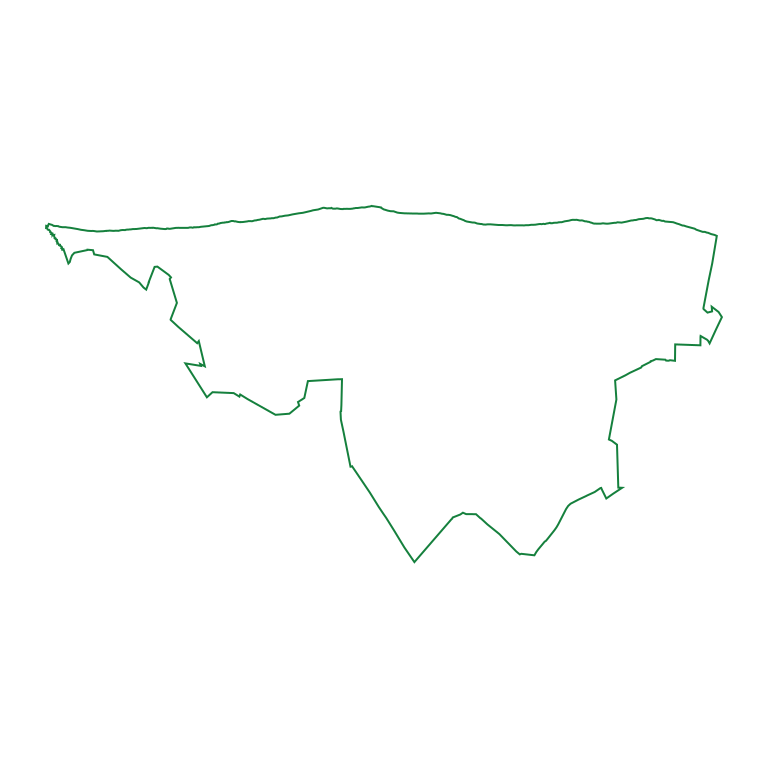 Užavas pag., Ventspils, Latvia (Robinson projection), rotated 90°
{"feature_id": "27541924B2507062447698", "entity_name": "Užavas pag.", "entity_type": "district", "adm_level": 2, "iso_a3": "LVA", "parent_name": "Latvia", "parent_adm1": "Ventspils", "projection": "robinson", "projection_center": [21.426, 57.179], "detail": "fine", "context": "isolated", "style": "outline", "palette": "green", "viewbox_px": 768, "rotation_deg": 90, "n_neighbors": 0, "source": "geoboundaries", "source_scale": "gbopen_adm2", "svg_char_len": 6092}
<svg xmlns="http://www.w3.org/2000/svg" viewBox="0 0 768 768"><g transform="rotate(90 384 384)"><path d="M562.1,353.6L519.4,316.7L518.6,315.8L517.5,315.3L514.5,307.7L512.7,305.1L514.1,301.9L514.2,292.0L518.3,287.5L518.5,287.0L524.4,280.6L534.0,268.7L551.5,251.7L554.4,248.2L553.8,246.8L555.3,233.6L552.0,231.7L549.3,229.7L541.6,223.3L540.9,222.1L539.1,220.6L530.0,213.4L527.3,211.5L524.4,209.8L509.0,201.9L505.9,199.8L503.7,197.4L499.6,189.5L495.9,181.6L495.6,181.1L492.0,173.3L488.1,167.6L487.9,166.8L489.8,166.0L498.5,161.7L493.6,154.7L487.8,145.9L487.6,149.7L444.7,151.0L440.8,156.2L439.5,159.1L399.5,151.6L380.4,152.9L375.1,142.2L372.8,138.1L367.5,126.8L366.2,126.1L361.8,117.4L361.2,117.3L360.6,115.2L359.1,112.1L359.7,102.6L360.6,101.9L360.7,99.2L360.2,98.1L360.8,93.0L344.4,92.8L345.3,67.6L336.8,67.5L336.0,67.4L339.7,61.0L340.8,59.9L343.4,58.4L329.7,52.1L317.1,46.1L312.0,49.4L306.7,56.3L311.4,55.9L312.6,60.5L309.1,64.4L308.3,64.6L280.2,59.3L263.5,55.8L235.9,51.2L234.9,53.5L234.1,56.8L232.8,59.9L232.6,61.2L231.9,63.1L231.9,65.1L231.7,65.8L229.7,71.7L228.7,73.3L226.4,81.8L225.6,84.1L225.5,85.6L224.2,88.9L223.4,91.6L223.0,92.5L222.2,94.9L221.5,103.0L220.8,104.5L220.9,105.9L219.9,109.2L220.1,109.6L220.2,111.6L219.5,112.9L218.4,116.4L218.3,117.9L218.4,118.9L218.0,120.1L218.1,122.1L218.8,124.7L219.2,129.3L220.0,132.0L220.1,133.9L220.4,135.1L220.5,136.8L221.6,141.3L222.6,146.4L222.3,150.5L222.8,152.1L222.8,153.6L223.6,159.4L223.7,160.9L223.6,162.5L223.3,165.0L223.7,167.6L223.6,173.9L223.2,175.4L222.7,176.4L222.6,177.2L221.8,179.2L221.8,180.0L221.3,181.9L221.3,183.1L220.5,185.4L220.4,186.5L220.5,188.1L219.8,191.3L219.9,193.4L219.8,195.1L220.0,196.6L220.7,199.2L221.3,203.2L222.2,206.3L222.2,208.1L222.4,209.1L222.3,209.5L222.6,210.3L222.7,211.1L222.8,214.3L223.2,215.4L223.1,216.0L223.3,216.9L223.1,217.7L222.8,218.1L223.2,219.3L223.6,221.7L224.1,223.1L223.8,224.5L224.2,226.5L224.0,227.7L224.1,229.0L224.7,232.7L224.8,234.9L224.8,236.8L225.2,239.4L225.2,242.2L225.4,243.8L225.3,247.8L225.4,254.2L225.1,257.1L225.3,261.7L225.0,265.7L225.0,269.5L224.3,278.0L224.3,280.1L224.6,282.5L224.5,284.6L224.0,286.5L224.0,287.3L223.5,290.9L222.6,293.2L222.5,295.6L221.5,301.3L220.8,303.2L220.1,304.3L219.8,305.3L218.8,307.8L218.5,309.1L217.1,311.1L216.8,312.7L216.1,314.3L215.9,315.2L215.1,317.7L214.8,319.7L214.8,321.3L213.9,324.4L213.7,326.2L213.3,327.7L212.8,332.0L213.5,337.0L213.4,339.3L213.7,344.8L213.7,349.0L213.5,351.2L213.5,356.1L213.3,363.7L212.9,368.7L212.6,370.7L211.3,374.4L211.2,377.4L210.6,380.3L209.7,383.1L209.5,384.0L208.4,386.0L207.5,386.8L207.6,387.4L207.2,388.0L207.2,388.4L206.2,394.8L206.2,395.8L205.9,396.2L206.5,398.1L206.7,399.8L207.4,402.9L207.5,404.0L207.4,406.2L208.0,410.3L208.0,412.2L208.3,413.6L208.3,414.2L208.6,415.2L208.9,418.1L208.8,421.5L208.9,422.2L208.9,424.6L209.1,425.0L209.0,427.5L208.5,430.2L208.4,431.2L208.7,432.7L208.7,435.0L207.9,436.7L208.2,437.0L208.3,438.0L208.2,438.8L208.4,440.9L207.8,443.9L207.8,444.9L209.5,449.9L210.3,455.0L210.9,457.0L212.8,465.1L213.3,469.2L214.4,475.5L215.4,479.9L215.7,483.0L216.4,486.4L216.5,488.4L217.5,490.8L217.6,492.4L218.2,494.4L218.2,496.4L218.4,497.1L218.6,500.9L219.1,503.0L218.9,503.8L218.8,505.0L219.7,508.5L220.0,510.7L220.3,511.5L220.5,513.5L221.2,515.8L221.1,519.4L221.4,520.6L222.0,525.0L222.1,526.6L222.0,527.3L222.2,527.7L221.9,530.2L221.3,532.7L221.4,533.4L221.0,534.8L221.0,536.6L221.9,539.2L222.2,540.5L222.1,541.3L222.4,542.1L222.4,543.2L222.7,543.9L222.7,545.3L223.1,547.8L223.4,548.2L223.7,549.7L223.6,550.0L224.3,551.0L224.4,551.5L224.5,552.3L224.4,553.2L224.8,553.8L225.2,555.8L225.2,556.7L226.0,559.0L226.8,567.2L227.2,569.1L227.2,571.2L227.4,572.1L227.2,573.1L227.4,573.7L227.3,574.3L227.6,574.8L227.7,575.4L227.4,576.9L227.5,578.6L227.8,579.5L227.9,581.4L227.9,588.6L227.8,589.2L227.9,592.2L228.8,598.0L228.8,599.1L228.5,600.1L228.5,600.7L228.6,601.3L228.9,601.5L229.1,602.8L228.7,607.4L228.2,610.7L228.3,611.4L227.7,615.1L227.9,615.6L227.8,616.6L227.9,617.2L227.8,619.3L228.2,621.2L228.0,623.5L229.0,631.7L229.1,635.3L229.4,637.2L229.4,638.1L229.6,639.7L229.6,640.9L229.8,642.2L230.1,642.9L230.0,645.3L230.2,647.2L230.8,649.5L230.7,652.1L230.9,654.5L230.6,658.4L230.8,660.0L230.8,661.3L231.0,661.7L230.9,662.4L231.2,664.5L231.5,671.1L231.0,674.2L230.9,675.7L231.0,676.7L230.8,680.3L230.2,683.9L229.8,687.0L229.1,690.2L227.8,697.7L227.5,700.6L227.2,702.3L227.2,705.6L226.7,708.8L226.2,709.6L226.0,711.7L226.1,712.9L225.9,713.6L225.9,714.5L225.5,714.9L224.8,716.1L224.6,717.0L223.9,719.2L225.7,720.1L226.2,720.1L225.8,721.8L227.8,721.9L227.6,721.3L228.2,720.9L229.5,720.4L230.0,719.2L229.9,718.9L230.2,718.6L230.9,718.2L231.4,717.7L232.3,717.8L232.8,716.3L232.4,716.2L233.6,716.1L233.8,716.6L234.0,716.7L234.0,716.3L234.4,716.1L234.1,715.5L234.8,715.5L234.5,715.3L234.6,715.0L235.2,714.6L235.0,713.8L235.4,713.9L236.1,713.9L237.1,713.6L237.8,713.2L238.0,712.9L238.3,713.1L238.5,712.5L239.3,712.4L239.4,712.0L239.2,711.9L240.0,711.4L239.7,711.3L239.8,711.0L240.5,711.0L241.4,711.4L242.0,710.9L242.7,710.8L242.3,710.5L242.7,710.4L243.1,710.1L243.6,710.2L243.9,709.8L244.1,709.3L245.2,709.0L245.4,708.4L245.2,708.0L245.7,708.0L245.9,707.4L246.7,706.7L246.8,706.4L247.2,706.3L247.8,706.5L247.7,706.0L248.6,705.8L248.9,706.0L249.6,705.8L249.3,705.3L249.7,705.1L249.9,704.8L249.5,704.4L263.5,699.6L262.0,698.2L259.0,697.4L255.4,696.0L252.8,693.6L250.0,680.4L249.7,680.4L250.2,675.0L254.4,673.8L256.9,660.6L269.4,646.8L277.6,637.3L282.4,628.8L287.5,624.5L289.6,621.8L282.3,619.1L282.2,619.3L266.9,613.4L266.6,610.6L274.9,599.3L277.4,597.0L279.0,598.3L302.9,591.1L319.4,597.4L319.9,597.3L327.0,589.6L343.2,570.8L341.1,569.2L366.3,563.2L363.9,567.8L365.9,567.1L363.4,582.6L397.3,561.1L392.2,555.5L393.1,534.3L396.6,528.6L394.5,527.8L399.1,520.4L414.8,492.5L413.7,478.6L405.6,468.8L402.0,470.0L398.0,463.7L381.1,460.1L379.3,430.6L379.2,426.0L405.0,426.6L411.2,426.9L411.4,427.4L411.8,427.5L419.7,427.1L431.8,424.5L466.7,417.5L466.5,416.2L466.3,415.9L492.5,398.2L507.0,389.2L514.0,384.5L517.9,381.8L530.2,374.1L547.5,363.6L562.1,353.6Z" fill="none" stroke="#15803d" stroke-width="2"/></g></svg>